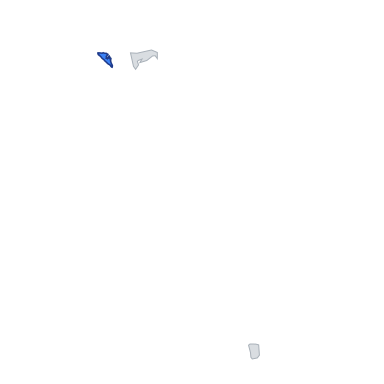 'Eua Prope, Eua, Tonga (highlighted), rotated 137°
{"feature_id": "48082658B54870744689581", "entity_name": "'Eua Prope", "entity_type": "district", "adm_level": 2, "iso_a3": "TON", "parent_name": "Tonga", "parent_adm1": "Eua", "projection": "natural_earth1", "projection_center": [-174.946, -21.37], "detail": "fine", "context": "in_parent", "style": "filled", "palette": "blue", "viewbox_px": 384, "rotation_deg": 137, "n_neighbors": 0, "source": "geoboundaries", "source_scale": "gbopen_adm2", "svg_char_len": 2373}
<svg xmlns="http://www.w3.org/2000/svg" viewBox="0 0 384 384"><g transform="rotate(137 192 192)"><path d="M141.5,324.8L142.9,324.8L144.4,321.4L149.6,320.2L149.1,323.8L142.1,335.7L137.6,331.0L124.8,323.5L122.2,317.7L126.4,313.2L126.0,316.8L128.1,318.4L135.4,319.0L141.9,322.2L137.9,323.3L141.5,324.8ZM258.8,34.6L255.1,41.4L253.3,41.3L249.1,37.3L247.5,34.7L254.0,26.7L257.4,26.1L261.8,28.8L261.6,31.0L258.8,34.6ZM165.6,339.9L165.0,357.1L160.3,349.2L159.8,345.5L164.6,340.2L165.6,339.9Z" fill="#d9dde1" stroke="#a8b0b8" stroke-width="1"/><path d="M159.8,347.9L160.8,347.7L160.7,347.2L160.6,346.7L161.1,346.6L161.3,346.5L161.5,346.5L161.5,346.8L161.5,347.3L161.5,347.6L161.8,347.5L162.0,347.5L162.8,347.3L162.7,347.5L162.8,347.6L163.0,347.7L163.1,347.8L163.4,348.0L163.5,348.3L163.4,348.3L163.3,348.5L163.0,348.7L162.6,348.8L162.5,349.0L162.4,349.2L162.4,349.3L162.4,349.5L162.2,349.7L161.8,349.7L161.5,349.7L159.6,350.0L159.7,350.3L159.8,350.5L159.9,350.8L159.9,351.0L160.0,351.2L160.1,351.3L160.0,351.5L160.1,351.8L160.2,352.0L160.3,352.1L160.5,352.2L160.6,352.3L160.8,352.5L161.1,352.9L161.3,353.1L161.4,353.3L161.6,353.6L161.8,354.0L162.1,354.4L162.1,354.5L163.0,354.7L163.8,355.7L164.7,356.7L165.6,357.6L166.0,357.9L166.5,357.3L166.7,356.9L166.4,356.2L166.8,356.0L166.7,355.5L166.7,355.1L166.6,354.7L166.4,354.1L166.5,353.5L166.4,352.7L166.6,351.7L166.6,351.2L166.5,350.6L166.5,350.1L166.3,349.6L166.3,349.4L166.2,348.8L166.2,348.3L166.4,347.8L166.3,347.5L166.3,346.8L166.2,346.2L166.2,345.5L166.1,345.2L166.0,344.7L166.1,344.4L166.2,344.2L166.1,343.7L166.0,343.1L166.0,342.7L165.8,342.2L165.6,341.7L165.4,341.2L165.4,340.8L165.3,340.4L165.2,340.2L165.3,339.8L165.5,339.6L165.6,339.3L165.6,339.1L165.6,338.8L165.6,338.4L165.5,338.1L165.5,337.9L165.4,337.7L165.1,337.8L164.8,338.0L164.5,338.3L164.2,338.6L163.9,338.9L163.9,339.0L163.8,339.3L163.7,339.5L163.6,339.8L163.6,340.0L163.5,340.3L163.4,340.5L163.3,340.9L163.3,341.1L163.1,341.6L163.0,341.8L162.9,342.0L162.7,342.4L162.5,342.9L162.4,343.1L162.0,343.6L161.9,343.7L161.9,343.8L161.7,344.0L161.4,344.2L161.5,344.2L161.5,344.3L161.4,344.3L161.3,344.5L161.2,344.5L161.1,344.8L161.0,345.0L160.9,345.1L160.7,345.3L160.7,345.5L160.5,346.0L160.3,346.3L160.3,346.5L160.2,346.5L160.2,346.8L160.1,347.1L160.0,347.3L159.9,347.4L159.9,347.5L159.8,347.8L159.8,347.9Z" fill="#3b82f6" stroke="#1e3a8a" stroke-width="1.5"/></g></svg>